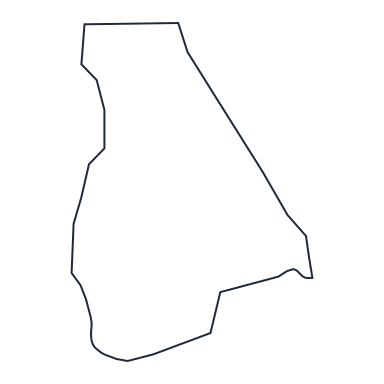 an SVG outline of Labé
{"feature_id": "GIN-5648", "entity_name": "Labé", "entity_type": "Prefecture", "adm_level": 1, "iso_a3": "GIN", "parent_name": "Guinea", "parent_adm1": "", "projection": "robinson", "projection_center": [-12.332, 11.438], "detail": "fine", "context": "isolated", "style": "outline", "palette": "slate", "viewbox_px": 384, "rotation_deg": 0, "n_neighbors": 0, "source": "natural_earth", "source_scale": "10m", "svg_char_len": 609}
<svg xmlns="http://www.w3.org/2000/svg" viewBox="0 0 384 384"><path d="M308.8,278.1L305.3,277.8L302.4,276.2L296.9,270.6L293.3,269.1L287.2,271.0L278.4,276.6L220.3,292.1L210.5,333.0L153.5,354.3L127.6,361.0L116.6,359.0L104.5,354.5L101.0,352.5L96.2,348.7L94.2,346.6L92.6,343.7L91.4,339.8L91.0,333.6L91.6,325.3L91.5,321.9L90.6,316.8L86.0,299.2L80.5,285.2L71.6,273.0L73.6,223.8L81.3,197.5L89.0,164.2L104.4,148.4L104.4,109.9L96.7,80.1L81.4,64.3L84.5,24.3L178.2,23.0L187.5,52.0L218.2,101.1L262.2,171.1L287.5,215.0L306.0,236.0L309.0,257.1L312.4,277.8L308.8,278.1Z" fill="none" stroke="#1e293b" stroke-width="2"/></svg>